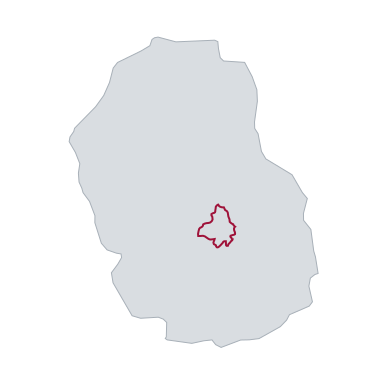 location of Dolneni within North Macedonia, rotated 264°
{"feature_id": "MKD-2928", "entity_name": "Dolneni", "entity_type": "Statistical Region", "adm_level": 1, "iso_a3": "MKD", "parent_name": "North Macedonia", "parent_adm1": "", "projection": "natural_earth1", "projection_center": [21.402, 41.472], "detail": "fine", "context": "in_parent", "style": "outline", "palette": "rose", "viewbox_px": 384, "rotation_deg": 264, "n_neighbors": 0, "source": "natural_earth", "source_scale": "10m", "svg_char_len": 2563}
<svg xmlns="http://www.w3.org/2000/svg" viewBox="0 0 384 384"><g transform="rotate(264 192 192)"><path d="M171.7,92.2L178.6,93.0L193.4,89.1L202.7,83.6L207.4,82.8L213.7,80.7L222.7,81.0L231.9,83.4L243.5,80.2L254.9,75.1L259.5,76.4L264.5,80.7L267.7,81.9L286.8,105.0L297.2,114.3L309.5,121.4L323.5,126.6L328.6,131.5L337.6,156.1L341.9,165.4L347.9,168.2L349.3,170.8L349.6,174.4L343.0,191.7L340.6,230.4L338.9,233.4L331.9,233.3L322.6,234.1L319.0,237.1L315.4,257.9L300.4,263.9L286.9,267.2L275.4,266.5L255.2,261.5L248.7,261.0L243.0,263.8L225.1,265.3L217.2,268.9L198.7,293.3L179.9,301.7L173.5,306.0L159.1,300.6L152.2,300.0L142.3,306.3L120.5,306.9L114.6,308.0L97.8,308.9L97.1,305.6L94.0,300.7L86.2,298.4L70.2,300.3L66.3,296.7L59.8,276.1L54.7,272.7L48.9,265.8L39.2,243.3L39.0,233.5L39.7,224.9L34.4,204.7L37.7,199.6L42.8,196.4L42.8,188.3L41.5,176.0L47.5,151.9L49.1,150.1L50.6,151.3L64.9,153.2L68.6,150.1L71.0,145.4L71.8,127.7L75.2,119.5L109.9,104.0L120.1,103.4L127.9,110.6L134.1,115.1L137.8,115.0L139.1,110.4L143.3,101.5L150.5,96.5L171.5,92.2L171.7,92.2Z" fill="#d9dde1" stroke="#a8b0b8" stroke-width="1"/><path d="M142.9,209.6L142.8,207.9L142.8,205.5L143.1,204.4L143.8,203.3L144.5,202.5L145.6,201.2L146.5,200.2L147.3,198.4L147.4,195.5L147.6,193.6L148.2,193.6L148.6,193.6L149.6,193.6L151.3,194.1L152.6,194.5L154.6,195.3L155.6,196.4L156.0,197.7L156.6,198.7L157.3,199.3L158.6,199.7L159.2,201.2L159.5,203.0L159.5,205.1L159.7,206.7L160.5,208.0L161.3,208.9L162.6,209.6L163.8,209.6L165.0,209.6L165.7,209.5L166.5,208.9L167.3,208.9L168.1,209.1L168.4,209.8L168.8,210.9L169.0,212.1L169.4,212.7L170.2,213.1L171.4,213.3L173.2,213.8L174.7,214.1L175.8,215.0L176.6,216.2L176.7,216.8L175.3,217.4L174.4,218.4L173.6,220.3L173.4,222.1L172.2,222.5L170.7,223.0L169.2,224.8L167.9,225.4L163.9,225.6L162.7,225.9L161.0,226.4L159.5,226.4L158.4,226.4L157.8,226.9L156.9,227.7L156.1,228.7L155.6,229.6L154.7,229.8L154.1,230.3L153.4,230.8L153.0,231.2L152.8,230.8L151.4,230.0L150.5,229.9L149.8,229.9L148.7,230.1L147.8,230.4L146.8,230.5L146.2,230.5L145.5,230.3L145.2,229.6L145.0,228.5L144.8,227.2L144.6,226.3L144.5,225.8L143.7,225.5L143.1,225.7L142.2,226.5L141.4,226.6L140.8,227.0L140.7,227.4L139.7,226.9L139.3,226.0L137.8,224.6L136.2,222.7L134.8,222.1L134.8,221.0L135.3,220.4L136.5,220.3L137.6,220.4L139.5,220.5L139.6,219.3L139.6,218.8L139.2,217.9L138.4,217.4L136.5,215.3L135.0,213.4L134.4,212.4L134.3,212.1L134.3,211.2L134.5,210.9L135.4,210.3L136.2,210.3L136.9,209.9L137.4,208.9L137.9,208.3L139.4,208.0L140.6,208.5L141.3,208.9L142.3,209.4L142.9,209.6Z" fill="none" stroke="#9f1239" stroke-width="2"/></g></svg>